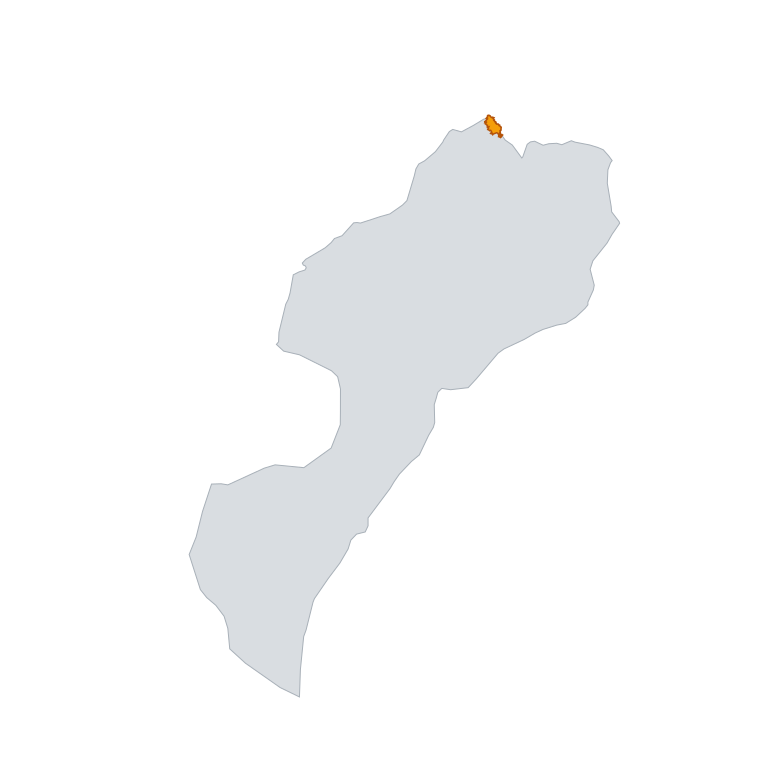 Vecumu pag., Vilakas, Latvia shown in context, rotated 301°
{"feature_id": "27541924B24216055125897", "entity_name": "Vecumu pag.", "entity_type": "district", "adm_level": 2, "iso_a3": "LVA", "parent_name": "Latvia", "parent_adm1": "Vilakas", "projection": "natural_earth1", "projection_center": [27.805, 57.201], "detail": "fine", "context": "in_parent", "style": "filled", "palette": "amber", "viewbox_px": 768, "rotation_deg": 301, "n_neighbors": 0, "source": "geoboundaries", "source_scale": "gbopen_adm2", "svg_char_len": 5075}
<svg xmlns="http://www.w3.org/2000/svg" viewBox="0 0 768 768"><g transform="rotate(301 384 384)"><path d="M556.9,518.0L552.4,517.4L540.0,513.9L529.6,508.6L523.4,501.7L512.6,492.1L505.5,487.3L494.4,481.2L475.9,468.8L469.1,465.9L436.1,460.5L424.2,458.0L413.4,444.0L410.0,435.8L404.6,434.4L398.6,436.1L392.2,437.7L377.1,447.3L372.3,448.6L363.0,448.7L341.4,450.8L331.7,447.4L314.7,443.6L305.5,443.0L297.3,443.0L261.0,439.3L254.2,443.4L247.5,444.1L241.2,437.8L233.1,436.0L224.1,438.2L207.9,438.4L188.7,436.4L164.2,434.9L160.5,435.5L133.0,443.9L126.2,445.2L96.2,459.4L72.2,472.7L70.3,451.4L73.3,409.1L77.5,388.2L94.1,376.0L102.6,366.5L107.7,353.8L109.6,342.1L113.2,332.5L137.5,304.8L156.1,301.8L181.3,294.1L209.4,287.7L214.6,295.8L217.1,302.1L250.2,324.7L258.6,332.3L271.0,358.4L301.9,371.7L326.6,367.5L337.5,361.1L357.4,349.2L366.4,340.5L368.3,332.2L365.5,296.5L360.5,281.1L362.5,271.4L365.9,271.9L374.3,267.3L401.8,258.7L407.3,258.3L413.6,256.6L430.9,250.0L436.4,253.5L440.9,257.5L443.5,257.5L444.7,256.0L444.4,253.5L445.6,251.7L450.6,252.7L470.4,263.4L478.0,265.9L483.2,266.6L489.5,271.7L506.5,275.0L508.5,277.7L509.8,280.9L525.6,294.6L532.8,301.4L546.9,307.7L553.0,309.2L577.9,302.8L584.8,300.6L590.5,300.5L596.3,303.9L609.6,308.4L621.7,309.8L623.9,309.5L634.1,310.0L637.6,311.8L640.0,320.5L651.6,327.4L662.4,333.1L665.1,335.7L666.0,340.8L665.3,346.7L663.9,349.8L659.4,353.4L655.5,362.3L654.9,370.9L648.7,385.7L650.1,386.0L663.2,383.3L666.9,384.8L669.7,388.1L670.6,397.4L674.9,401.6L679.3,408.1L680.7,413.2L689.0,419.3L689.7,423.2L694.8,437.1L696.8,445.1L697.7,451.3L695.2,459.2L693.0,464.5L690.4,464.2L682.9,465.6L671.1,472.0L653.4,487.1L648.8,490.5L644.2,502.0L643.1,503.2L632.8,502.6L630.0,502.4L619.6,502.6L597.2,499.6L588.5,501.6L577.0,513.3L572.5,515.0L559.2,516.6L556.9,518.0Z" fill="#d9dde1" stroke="#a8b0b8" stroke-width="1"/><path d="M655.2,356.8L655.7,356.8L655.8,356.9L655.9,357.2L656.0,357.2L656.3,357.2L656.5,357.1L656.8,357.1L657.0,357.2L657.2,356.9L657.9,357.1L657.7,357.3L658.3,357.5L658.5,357.5L658.5,356.9L658.6,356.5L658.1,356.3L658.1,356.1L657.6,355.9L657.1,356.1L656.9,355.8L657.0,355.6L657.2,355.2L657.7,355.0L658.1,355.1L658.3,354.9L658.8,354.6L658.6,354.5L658.5,354.3L658.4,354.3L658.5,354.3L658.5,354.2L658.9,353.8L659.0,353.8L659.3,353.8L659.4,353.7L659.5,353.7L659.9,353.7L660.0,353.6L660.3,353.4L660.3,353.5L660.5,353.5L660.8,353.5L661.0,353.3L661.1,353.5L661.6,353.6L661.8,353.4L662.1,353.2L662.3,353.3L662.8,353.1L662.9,352.9L663.2,352.7L663.8,352.6L664.1,352.5L664.2,352.4L664.3,352.3L664.2,352.1L664.4,351.5L664.7,351.4L664.6,351.0L664.6,350.8L664.8,350.5L664.9,350.3L665.0,350.2L665.5,349.8L665.4,349.6L664.9,349.3L665.1,349.0L665.3,348.8L665.6,348.4L665.7,348.1L665.4,347.7L665.0,347.2L664.9,347.0L665.1,346.6L665.2,346.4L665.3,346.2L664.9,346.2L665.0,345.8L665.2,345.7L665.2,345.3L666.2,344.9L666.3,344.8L666.3,344.6L666.2,344.2L665.9,343.9L666.3,343.5L666.3,343.4L666.4,343.1L666.4,342.9L666.4,342.7L666.7,342.7L666.8,342.7L666.7,342.4L666.8,342.4L667.0,342.2L667.3,342.2L667.3,341.9L667.6,341.5L667.6,341.4L667.7,341.1L667.8,341.1L668.2,341.2L668.4,341.1L668.5,341.1L668.4,341.0L668.5,341.0L668.7,340.7L668.4,340.6L668.5,340.5L668.4,340.4L668.4,340.2L668.5,340.2L668.4,340.0L668.2,339.7L668.4,339.3L667.9,339.1L668.0,337.6L668.4,337.2L668.5,337.1L668.5,336.8L668.5,336.6L668.5,336.2L668.4,336.1L668.5,335.9L668.4,335.4L668.0,335.3L668.0,335.2L667.8,334.9L667.7,334.8L667.7,334.7L667.2,334.6L666.8,334.6L666.6,334.8L666.4,335.0L666.2,335.2L665.5,335.2L665.4,335.2L665.1,334.9L664.9,334.8L664.6,334.8L664.2,334.8L664.2,335.0L664.3,335.1L664.4,335.4L664.4,335.5L664.5,335.8L664.5,336.2L664.1,336.1L663.4,335.9L662.9,335.8L662.7,335.9L662.3,335.8L662.2,335.7L661.8,335.6L661.7,335.6L661.4,335.5L661.1,335.4L660.8,335.2L660.7,335.3L660.5,335.5L660.6,335.9L660.4,335.9L660.6,336.1L660.5,336.4L660.5,336.5L660.9,336.5L661.0,336.5L661.4,336.5L661.2,336.9L661.2,337.0L659.9,337.0L659.7,336.9L659.6,337.0L659.4,337.1L659.2,337.0L659.2,337.3L659.2,337.5L659.0,338.0L659.0,338.8L659.0,339.2L658.8,339.1L658.6,339.3L658.3,339.6L658.1,339.8L657.8,340.0L657.5,340.2L657.7,340.3L657.9,340.6L658.0,340.7L658.0,340.8L658.3,341.2L658.4,341.3L658.2,341.3L657.9,341.5L657.7,341.5L657.3,341.8L657.2,341.7L657.2,341.4L656.7,341.7L656.3,341.7L656.3,341.8L656.1,341.8L655.9,341.9L655.6,341.9L655.7,342.2L655.7,342.4L655.7,342.5L655.7,342.9L655.7,343.1L655.6,343.7L655.6,343.8L655.5,344.1L656.2,344.7L656.4,344.8L656.3,345.1L656.2,345.3L656.0,345.5L655.7,346.0L655.5,346.4L655.4,346.4L655.1,346.4L654.8,346.4L654.4,346.4L653.8,346.3L653.7,346.3L653.8,346.6L653.7,347.0L653.8,347.2L653.9,347.4L654.2,347.5L654.3,347.5L654.7,347.4L654.8,347.4L654.8,347.5L654.7,347.7L654.2,348.2L654.0,348.3L653.9,348.4L653.7,348.8L653.8,348.8L654.4,348.9L654.5,348.9L654.6,349.0L654.8,349.1L656.3,350.3L657.3,351.1L657.5,351.3L657.4,353.3L657.4,353.7L656.7,353.9L656.7,354.0L656.6,353.9L656.5,354.1L656.4,354.3L656.2,354.3L655.6,354.6L655.5,354.8L655.3,354.8L655.2,354.7L655.0,354.8L655.1,355.0L655.3,355.1L655.2,356.8Z" fill="#f59e0b" stroke="#b45309" stroke-width="1.5"/></g></svg>